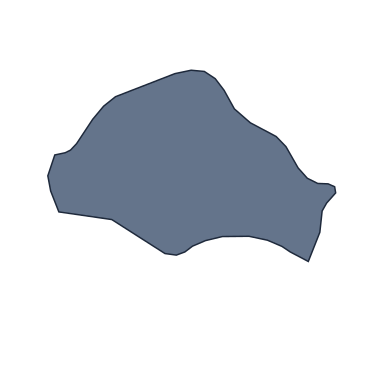 SVG path tracing the border of Ajlun, rotated 57°
{"feature_id": "JOR-855", "entity_name": "Ajlun", "entity_type": "Province", "adm_level": 1, "iso_a3": "JOR", "parent_name": "Jordan", "parent_adm1": "", "projection": "albers", "projection_center": [35.755, 32.279], "detail": "fine", "context": "isolated", "style": "filled", "palette": "slate", "viewbox_px": 384, "rotation_deg": 57, "n_neighbors": 0, "source": "natural_earth", "source_scale": "10m", "svg_char_len": 641}
<svg xmlns="http://www.w3.org/2000/svg" viewBox="0 0 384 384"><g transform="rotate(57 192 192)"><path d="M136.2,314.5L114.2,310.0L99.9,304.1L86.2,286.9L90.0,277.0L90.7,271.1L88.6,262.5L76.9,235.6L71.9,219.4L70.4,204.2L83.4,141.9L89.4,126.4L97.6,116.0L109.6,110.8L124.2,109.7L145.4,111.2L165.7,105.4L191.3,91.2L205.1,88.5L229.6,89.9L243.3,87.8L253.3,81.9L259.3,73.4L265.3,69.5L271.0,72.0L274.6,85.1L278.8,93.2L295.4,106.7L313.6,132.3L295.7,142.3L286.6,146.2L273.5,155.0L260.2,168.3L245.9,190.8L240.1,207.2L237.7,221.1L238.4,230.6L236.4,239.5L228.9,248.2L171.4,274.3L136.2,314.5Z" fill="#64748b" stroke="#1e293b" stroke-width="1.5"/></g></svg>